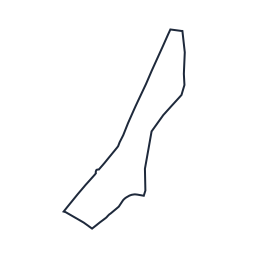 the district of Qasr Al-Nile, Al Qahirah, Egypt, rotated 191°
{"feature_id": "37247803B52731964573716", "entity_name": "Qasr Al-Nile", "entity_type": "district", "adm_level": 2, "iso_a3": "EGY", "parent_name": "Egypt", "parent_adm1": "Al Qahirah", "projection": "natural_earth1", "projection_center": [31.236, 30.043], "detail": "fine", "context": "isolated", "style": "outline", "palette": "slate", "viewbox_px": 256, "rotation_deg": 191, "n_neighbors": 0, "source": "geoboundaries", "source_scale": "gbopen_adm2", "svg_char_len": 1082}
<svg xmlns="http://www.w3.org/2000/svg" viewBox="0 0 256 256"><g transform="rotate(191 128 128)"><path d="M175.2,33.7L173.2,33.5L167.9,31.7L153.4,26.7L144.1,22.4L143.8,22.8L143.3,23.3L137.5,30.1L132.6,35.5L132.0,36.3L131.5,37.1L131.3,37.5L130.7,38.4L130.3,39.0L129.9,39.6L128.8,40.7L125.2,45.1L122.7,48.2L122.0,49.1L121.4,50.6L120.1,53.7L119.0,56.3L118.6,56.9L118.2,57.5L117.1,58.9L115.7,60.2L115.4,60.4L115.2,60.6L113.7,61.9L111.7,63.1L109.8,63.8L109.2,64.0L108.5,64.2L106.0,64.4L100.1,64.5L99.8,64.5L99.6,64.5L99.0,69.9L103.6,91.2L103.9,111.0L104.2,129.2L95.8,147.5L89.4,158.1L81.8,170.6L80.8,181.0L83.5,191.8L86.7,213.1L93.1,233.6L93.3,233.6L93.6,233.5L105.2,232.8L106.5,227.5L109.4,214.9L115.7,188.5L118.7,174.7L123.2,157.0L124.7,151.0L125.6,147.2L128.9,132.8L131.3,120.1L133.5,112.4L134.2,108.3L134.6,107.5L134.8,107.0L135.3,106.1L141.3,95.0L144.5,89.0L148.7,81.7L149.0,81.7L149.3,81.6L150.6,81.1L150.9,80.8L151.1,80.5L151.3,79.3L151.2,78.3L151.2,78.2L150.9,77.5L151.5,76.2L158.8,64.0L164.7,53.5L172.7,38.5L175.2,33.7Z" fill="none" stroke="#1e293b" stroke-width="2"/></g></svg>